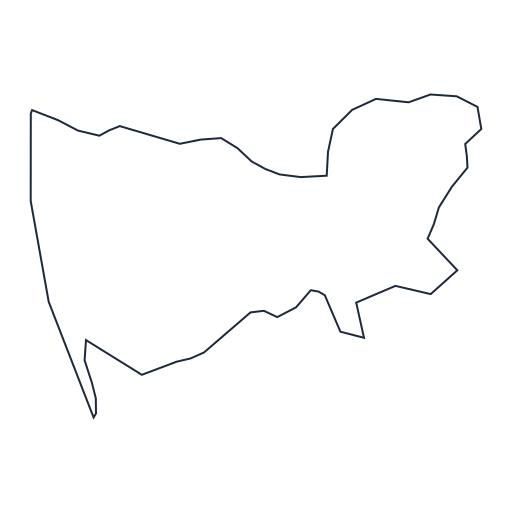 SVG path tracing the border of Kŏḷamba
{"feature_id": "LKA-2470", "entity_name": "Kŏḷamba", "entity_type": "District", "adm_level": 1, "iso_a3": "LKA", "parent_name": "Sri Lanka", "parent_adm1": "", "projection": "albers", "projection_center": [80.037, 6.845], "detail": "fine", "context": "isolated", "style": "outline", "palette": "slate", "viewbox_px": 512, "rotation_deg": 0, "n_neighbors": 0, "source": "natural_earth", "source_scale": "10m", "svg_char_len": 828}
<svg xmlns="http://www.w3.org/2000/svg" viewBox="0 0 512 512"><path d="M93.6,417.5L48.7,301.8L32.3,210.0L30.7,200.9L30.8,113.5L32.1,110.1L58.1,120.2L78.0,130.6L99.4,135.7L108.8,130.5L119.8,126.1L179.8,143.8L200.6,139.6L221.2,138.1L237.5,148.2L251.7,161.5L265.4,169.0L279.4,174.4L300.7,177.1L326.7,175.7L328.0,151.9L332.9,129.0L352.1,109.9L375.9,98.9L408.6,102.3L430.5,94.5L456.7,96.3L477.5,106.9L481.3,129.0L465.2,144.0L466.8,155.8L467.5,167.6L452.0,186.6L438.9,207.4L433.8,224.3L427.6,238.7L457.3,270.3L430.7,294.1L395.4,285.9L356.2,302.6L364.0,337.8L340.4,331.7L324.8,295.2L318.6,291.6L310.8,290.2L296.0,307.4L277.2,317.1L263.9,310.8L250.5,312.4L204.1,352.4L190.7,358.4L176.6,361.7L141.8,374.8L86.0,340.1L84.6,360.3L91.9,382.8L95.8,398.3L96.0,413.4L95.5,414.2L93.6,417.5Z" fill="none" stroke="#1e293b" stroke-width="2"/></svg>